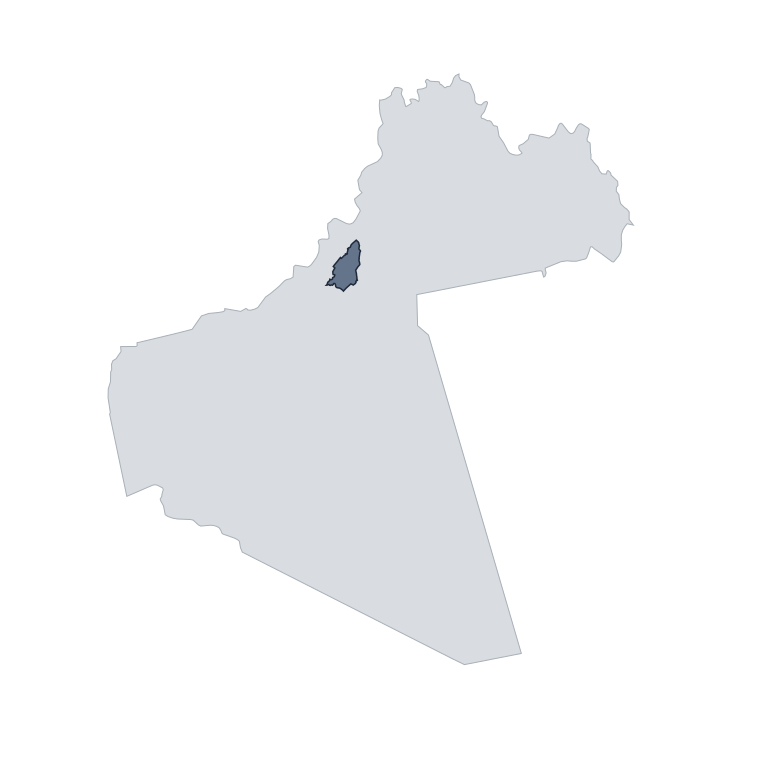 Bandiagara, Mopti, Mali (highlighted), rotated 169°
{"feature_id": "8926073B93084007572424", "entity_name": "Bandiagara", "entity_type": "district", "adm_level": 2, "iso_a3": "MLI", "parent_name": "Mali", "parent_adm1": "Mopti", "projection": "natural_earth1", "projection_center": [-3.556, 14.444], "detail": "fine", "context": "in_parent", "style": "filled", "palette": "slate", "viewbox_px": 768, "rotation_deg": 169, "n_neighbors": 0, "source": "geoboundaries", "source_scale": "gbopen_adm2", "svg_char_len": 5355}
<svg xmlns="http://www.w3.org/2000/svg" viewBox="0 0 768 768"><g transform="rotate(169 384 384)"><path d="M137.8,586.4L138.1,583.5L135.9,581.5L135.8,580.4L137.1,571.9L137.0,569.7L138.0,565.4L136.5,563.5L136.2,562.1L132.7,556.5L131.7,551.8L129.9,548.7L125.8,547.7L124.3,550.4L123.3,550.8L121.8,548.9L121.2,547.3L121.3,545.8L116.0,538.4L116.4,534.5L118.4,532.4L119.2,528.9L117.3,525.1L117.6,521.3L117.4,516.0L114.3,511.4L112.2,509.3L110.5,506.1L112.0,498.7L108.9,492.4L114.7,494.9L117.5,492.6L120.3,489.4L122.6,485.1L123.6,479.9L124.1,475.4L126.5,468.3L129.3,464.9L135.2,460.0L136.7,460.5L146.2,470.9L151.5,476.2L153.5,479.0L155.2,479.1L158.0,473.9L160.8,469.5L162.0,468.4L171.5,467.8L176.4,468.7L180.8,470.0L187.1,470.3L203.6,467.0L203.9,464.9L203.6,462.5L204.4,460.6L205.7,458.8L206.9,458.5L207.4,464.4L208.7,465.3L212.6,465.6L334.8,465.5L339.9,434.8L331.0,423.6L300.6,93.3L358.6,93.2L368.6,100.7L555.2,246.0L556.1,250.7L556.0,257.2L557.4,259.1L560.1,261.2L570.7,267.4L571.6,268.6L572.0,271.2L573.3,274.4L575.5,276.2L578.2,277.6L581.4,278.5L591.0,279.5L593.0,281.0L597.2,286.7L599.5,287.8L612.5,290.9L616.7,292.5L621.3,295.1L623.7,297.4L623.7,306.4L625.6,312.3L625.6,313.8L623.5,316.2L623.1,317.9L620.8,322.5L621.2,324.3L625.8,327.9L628.0,328.8L630.6,328.8L657.9,322.8L659.1,406.8L658.1,408.2L657.5,423.1L655.6,431.8L652.1,438.3L650.0,448.0L648.6,449.9L647.7,455.4L645.7,458.6L642.2,459.9L635.9,466.1L635.4,471.0L620.6,468.2L619.6,468.3L618.9,469.0L618.6,471.6L580.6,473.2L561.9,474.3L550.2,485.7L542.6,486.7L533.1,485.8L528.2,485.7L526.3,486.4L525.9,488.4L510.8,482.6L505.1,484.5L504.2,483.8L503.5,482.6L500.7,481.9L496.4,482.2L493.3,483.1L483.6,492.0L478.5,494.3L468.8,499.6L462.1,504.2L459.7,505.1L456.0,505.2L452.9,506.2L450.1,516.5L448.2,517.5L436.7,513.3L434.4,514.0L432.4,515.2L426.0,521.2L422.8,526.0L421.1,532.4L421.4,536.6L420.2,537.8L417.3,538.2L412.0,536.9L410.3,537.4L409.6,540.6L409.7,547.5L408.5,552.2L405.3,553.6L402.9,555.5L401.0,556.0L399.3,555.6L390.1,548.6L386.9,547.4L383.5,548.2L380.1,551.2L374.2,558.5L374.8,561.1L376.4,564.1L377.6,567.9L377.6,571.2L369.1,576.0L371.0,579.5L370.8,589.0L366.9,593.4L365.5,596.2L361.7,599.3L358.4,601.0L348.1,603.5L343.9,606.5L342.0,609.0L341.5,611.6L341.9,614.6L343.9,620.9L343.2,626.6L341.6,633.3L340.0,636.2L335.2,639.7L335.9,644.0L336.3,650.2L335.5,658.3L334.0,663.7L332.9,663.2L328.3,663.4L323.3,665.2L321.5,666.5L321.1,668.4L316.9,672.8L314.1,672.5L311.4,671.3L310.0,670.1L309.9,669.5L311.6,665.9L311.6,664.7L310.0,658.6L310.3,657.0L309.7,652.3L309.3,652.1L303.8,654.1L303.5,655.0L304.4,658.0L303.8,658.5L301.9,658.4L299.1,657.5L296.1,654.7L295.4,655.6L295.0,657.8L294.8,660.4L295.6,665.0L294.8,666.7L290.1,666.4L286.1,667.0L285.2,668.7L284.8,670.5L285.7,672.6L285.5,673.5L283.9,674.8L283.1,674.7L280.9,672.4L272.3,670.2L271.6,667.1L270.6,667.0L267.8,663.2L266.6,663.3L265.6,663.9L262.3,663.7L259.4,667.0L257.2,671.1L254.8,673.1L251.2,674.0L251.8,671.4L250.7,667.8L243.2,663.3L242.0,661.4L240.1,651.1L240.2,648.1L240.8,645.4L240.5,643.3L239.7,641.7L237.5,640.1L235.1,639.4L232.1,641.4L230.7,641.8L229.4,641.7L228.7,640.9L228.8,639.9L232.1,634.4L233.6,632.1L236.8,629.4L237.7,628.0L237.7,627.0L237.4,626.2L235.3,625.2L232.1,622.6L230.3,622.4L228.8,621.2L227.3,617.2L226.6,616.4L225.0,616.0L223.6,615.0L223.8,605.3L220.6,598.0L217.8,588.7L216.4,586.5L213.8,584.7L210.6,583.4L207.8,583.1L204.6,584.1L204.6,585.0L206.4,587.9L206.7,589.6L206.4,591.2L205.8,592.3L201.5,593.3L195.7,596.6L193.8,600.6L192.5,601.1L190.2,600.6L175.1,593.9L168.7,596.8L164.5,602.6L163.5,604.5L161.5,606.2L160.4,606.2L159.3,605.1L154.9,596.3L153.0,594.2L150.6,594.1L148.6,595.6L146.4,598.5L143.7,601.3L142.0,602.1L140.5,601.6L134.3,595.7L134.0,594.5L136.9,587.5L137.8,586.4Z" fill="#d9dde1" stroke="#a8b0b8" stroke-width="1"/><path d="M421.7,492.0L420.9,491.9L420.3,492.3L419.7,492.2L419.1,492.1L418.7,491.3L417.7,491.0L416.7,491.3L415.8,490.8L414.7,491.4L414.5,492.1L414.0,492.3L413.6,492.2L413.1,492.0L412.9,491.6L412.8,491.3L412.7,490.7L412.8,488.9L412.3,488.0L411.7,487.5L409.2,486.6L407.8,485.3L406.7,483.9L406.3,483.7L406.3,483.2L406.1,482.9L402.9,485.3L397.4,488.6L395.3,487.0L393.0,488.1L392.0,489.3L392.0,490.1L391.5,490.6L390.7,490.7L390.3,490.9L390.3,491.0L390.8,491.1L390.8,491.3L390.6,491.4L390.5,491.7L390.7,492.4L390.5,492.8L390.3,493.0L390.3,494.0L390.2,495.1L390.2,496.1L390.0,497.4L390.1,501.1L389.0,502.2L387.3,504.0L386.8,504.4L385.0,505.8L384.8,507.5L385.0,510.3L384.4,511.7L384.5,512.2L383.1,516.2L382.9,516.9L382.6,517.8L381.9,518.5L381.7,519.2L382.0,519.8L382.8,521.3L382.8,521.7L382.0,523.9L381.7,524.5L381.8,525.4L382.0,526.2L381.8,527.1L382.1,528.1L383.8,530.5L387.8,528.2L389.6,527.0L391.0,524.7L392.9,524.3L393.1,524.1L393.1,523.9L393.1,523.7L393.3,523.3L393.6,523.3L393.7,523.5L393.9,523.7L394.0,523.6L393.9,523.1L393.9,522.7L394.0,522.1L395.2,519.7L395.1,518.9L395.4,518.6L395.7,518.5L395.8,518.5L396.6,519.1L397.1,519.0L397.3,518.0L398.4,517.8L399.1,517.3L400.1,516.6L402.0,515.4L402.4,515.6L402.4,516.2L402.6,516.5L403.6,515.7L406.1,513.5L410.0,510.3L411.4,509.0L410.1,507.3L412.8,504.1L413.1,501.8L413.0,501.1L411.6,500.7L411.8,499.6L412.0,499.3L412.5,498.8L412.8,498.5L413.2,498.5L414.1,498.3L414.5,496.9L415.7,496.5L416.5,496.6L417.1,497.2L417.6,496.1L418.2,495.5L419.1,495.1L419.9,494.5L420.5,493.2L421.0,492.5L421.7,492.0Z" fill="#64748b" stroke="#1e293b" stroke-width="1.5"/></g></svg>